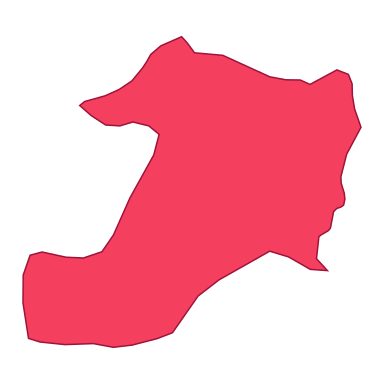 outline of Zondoma
{"feature_id": "BFA-2818", "entity_name": "Zondoma", "entity_type": "Province", "adm_level": 1, "iso_a3": "BFA", "parent_name": "Burkina Faso", "parent_adm1": "", "projection": "equal_earth", "projection_center": [-2.349, 13.173], "detail": "fine", "context": "isolated", "style": "filled", "palette": "rose", "viewbox_px": 384, "rotation_deg": 0, "n_neighbors": 0, "source": "natural_earth", "source_scale": "10m", "svg_char_len": 928}
<svg xmlns="http://www.w3.org/2000/svg" viewBox="0 0 384 384"><path d="M327.4,270.6L310.3,269.4L288.5,256.9L269.7,251.2L219.1,279.8L198.1,296.0L172.5,332.7L157.2,338.6L132.1,345.1L113.3,347.3L93.4,343.6L64.9,344.6L40.0,342.0L28.5,338.4L23.0,302.9L23.2,275.1L30.1,255.2L42.0,252.0L66.0,257.2L83.4,258.0L102.0,251.7L113.5,234.9L130.0,197.8L153.8,154.9L159.1,134.4L148.8,125.9L132.8,122.0L119.9,125.9L105.7,125.0L91.3,115.7L79.7,105.5L84.7,101.5L105.1,95.8L119.1,89.5L132.0,80.8L142.5,68.0L146.7,61.7L150.7,54.5L160.7,45.9L181.6,36.7L187.4,43.1L194.5,52.8L222.7,55.3L269.8,76.8L285.8,79.8L300.3,80.0L310.0,84.4L336.9,69.9L348.4,74.4L352.1,83.8L352.4,95.6L354.6,109.0L361.0,127.3L346.7,154.1L340.9,176.7L341.2,183.2L344.2,193.0L344.9,199.1L343.6,205.2L340.6,207.2L336.9,208.4L333.6,211.6L330.5,227.8L329.9,228.9L328.3,230.7L321.1,234.9L318.9,236.7L316.5,258.7L327.4,270.6Z" fill="#f43f5e" stroke="#9f1239" stroke-width="1.5"/></svg>